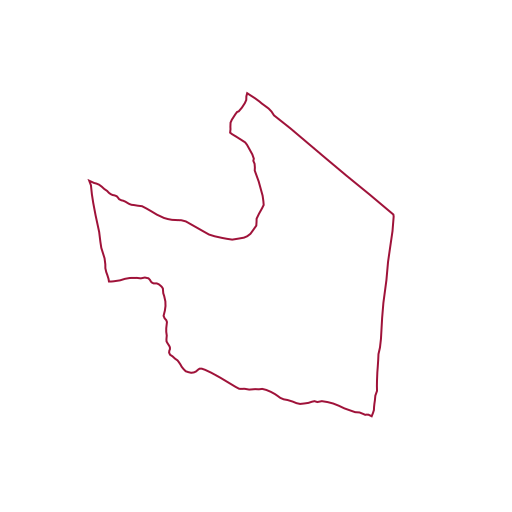 outline of Lopè, Ogooué-Ivindo, Gabon, rotated 301°
{"feature_id": "22940354B97125723234680", "entity_name": "Lopè", "entity_type": "district", "adm_level": 2, "iso_a3": "GAB", "parent_name": "Gabon", "parent_adm1": "Ogooué-Ivindo", "projection": "equal_earth", "projection_center": [11.763, -0.029], "detail": "fine", "context": "isolated", "style": "outline", "palette": "rose", "viewbox_px": 512, "rotation_deg": 301, "n_neighbors": 0, "source": "geoboundaries", "source_scale": "gbopen_adm2", "svg_char_len": 2851}
<svg xmlns="http://www.w3.org/2000/svg" viewBox="0 0 512 512"><g transform="rotate(301 256 256)"><path d="M181.5,175.3L180.9,177.4L179.9,179.2L179.6,180.7L179.8,182.4L180.5,183.5L181.4,185.1L181.7,187.2L181.4,189.3L181.1,190.9L180.2,192.9L176.3,195.7L174.3,198.0L170.4,201.7L166.5,204.2L162.3,206.0L157.1,207.6L155.5,209.8L154.8,212.1L153.5,213.7L147.8,216.3L144.8,218.1L141.8,220.5L138.5,222.1L136.7,223.3L135.6,225.2L134.3,227.9L133.4,229.2L131.9,230.2L130.1,230.5L128.4,231.3L127.1,233.2L127.0,236.1L126.3,239.5L126.1,242.5L125.3,244.5L124.1,247.1L122.8,249.3L121.8,252.0L121.0,255.1L121.6,257.8L122.5,260.6L124.2,262.7L126.0,264.0L129.0,265.0L130.4,265.7L131.5,267.6L132.2,270.9L132.9,277.7L133.3,288.0L133.3,299.4L133.3,306.0L133.5,309.9L134.3,311.5L136.3,314.6L138.0,319.0L141.5,323.9L143.2,327.1L145.3,329.8L146.5,333.8L147.2,338.7L147.4,343.3L147.2,346.7L146.9,349.9L147.4,353.5L148.8,357.2L150.1,362.4L150.7,366.4L151.9,370.0L154.5,373.4L157.1,376.6L159.9,379.0L161.7,380.9L162.4,383.8L165.5,387.2L167.7,392.7L169.3,398.1L170.3,404.1L170.9,410.2L172.1,416.1L173.2,421.4L175.2,425.3L175.8,429.0L176.1,431.4L177.0,432.5L177.9,434.1L178.2,437.7L181.8,437.1L184.7,436.4L187.3,435.0L190.3,433.6L193.4,432.3L197.8,430.2L202.7,429.2L207.0,426.5L211.5,423.9L218.8,419.9L223.4,417.6L230.0,414.2L235.0,411.5L241.1,409.5L241.4,409.4L249.3,405.8L267.9,396.0L281.5,389.3L302.3,380.3L319.0,372.2L330.4,367.4L347.6,360.2L360.7,353.7L362.3,352.4L367.2,321.7L371.5,291.8L376.2,262.1L383.1,219.8L385.8,199.0L387.8,194.9L388.9,190.9L389.7,182.3L390.2,179.4L390.7,173.9L390.9,167.1L391.0,164.6L387.9,165.5L384.7,167.3L381.2,167.7L375.9,167.5L371.1,166.7L369.7,165.6L366.9,165.3L360.4,165.1L357.2,165.5L353.4,167.6L351.6,168.8L348.4,170.3L348.1,172.7L348.1,178.1L347.8,188.2L346.7,191.0L341.2,200.5L338.3,204.0L336.2,204.7L334.3,207.3L331.2,209.5L328.6,210.9L321.2,220.0L311.1,230.6L306.9,234.0L303.7,236.3L300.1,236.6L293.8,236.8L288.3,237.3L285.5,238.9L282.2,240.6L276.7,240.2L272.1,239.8L268.4,238.3L265.5,236.2L261.6,231.7L257.8,227.2L255.7,222.1L254.1,217.8L251.6,210.4L250.2,204.7L250.0,197.7L249.5,178.0L248.2,173.6L246.2,170.0L243.7,165.3L242.3,161.5L241.2,157.5L240.8,153.5L240.4,149.8L240.4,146.8L240.4,143.0L240.3,137.7L240.0,132.7L238.2,128.7L236.8,125.1L235.8,123.0L235.4,121.0L235.3,119.9L235.3,116.0L235.0,113.7L234.4,111.9L234.2,109.4L235.0,107.5L235.5,105.8L235.1,103.5L234.4,101.6L234.2,99.6L234.4,97.3L235.1,94.9L235.3,91.4L236.0,88.0L236.3,84.7L235.9,81.9L235.2,79.6L234.8,76.0L234.6,74.3L231.6,78.1L228.8,80.2L224.3,83.6L217.6,89.2L208.4,97.4L195.8,109.2L188.0,115.3L183.3,119.2L176.0,127.4L171.3,131.1L167.9,133.2L165.1,135.9L163.0,138.5L160.4,141.4L158.4,143.1L159.3,144.7L160.9,146.9L165.1,152.0L168.9,155.4L172.2,159.2L175.9,165.2L177.5,168.8L180.3,171.8L181.1,174.2L181.5,175.3Z" fill="none" stroke="#9f1239" stroke-width="2"/></g></svg>